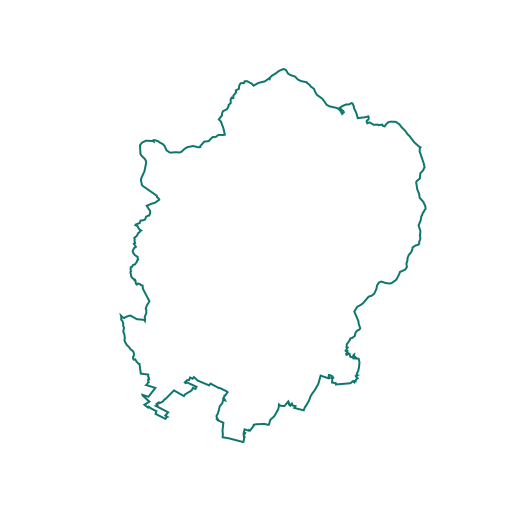 Runcu, Gorj, Romania (Natural Earth projection), rotated 21°
{"feature_id": "2599482B30652708585896", "entity_name": "Runcu", "entity_type": "district", "adm_level": 2, "iso_a3": "ROU", "parent_name": "Romania", "parent_adm1": "Gorj", "projection": "natural_earth1", "projection_center": [23.13, 45.185], "detail": "fine", "context": "isolated", "style": "outline", "palette": "teal", "viewbox_px": 512, "rotation_deg": 21, "n_neighbors": 0, "source": "geoboundaries", "source_scale": "gbopen_adm2", "svg_char_len": 6085}
<svg xmlns="http://www.w3.org/2000/svg" viewBox="0 0 512 512"><g transform="rotate(21 256 256)"><path d="M310.7,434.3L310.9,433.9L310.1,429.7L309.6,429.5L309.4,428.7L309.7,428.6L308.8,427.9L308.3,426.8L309.3,425.9L309.3,425.1L307.9,425.1L307.5,421.9L311.9,421.7L311.9,420.9L313.0,421.0L314.7,415.1L314.4,414.4L316.1,413.2L324.1,409.7L327.8,409.3L328.5,408.8L328.1,403.8L330.4,399.3L331.2,394.7L331.3,392.8L331.7,392.2L331.4,389.1L330.7,386.4L332.4,387.1L336.3,385.9L338.3,380.2L339.5,381.4L339.8,382.7L341.5,383.5L341.6,382.2L342.4,380.9L343.0,381.6L343.1,382.5L346.6,382.0L346.2,384.1L355.8,383.0L355.9,379.4L356.5,377.4L357.3,371.8L357.2,368.1L357.7,364.5L358.9,360.5L360.0,352.9L359.2,344.5L367.9,344.2L368.4,343.5L367.2,342.7L366.7,341.0L367.9,340.7L370.7,341.1L370.9,341.8L370.2,342.3L370.4,342.7L371.6,342.5L371.2,343.3L372.4,346.9L376.0,346.1L376.6,347.3L389.7,341.0L391.2,338.3L392.9,338.7L392.5,337.6L394.0,337.4L393.6,335.8L393.9,334.8L394.8,333.8L392.2,332.4L393.5,330.9L392.7,330.9L392.3,330.1L392.5,326.1L392.1,323.3L390.7,318.1L388.6,315.1L383.7,316.6L383.7,315.9L384.3,315.7L383.9,315.3L384.8,314.7L383.1,314.0L382.9,312.9L382.5,313.5L382.8,314.9L382.3,315.9L380.4,316.4L378.2,313.8L375.8,315.8L375.2,314.9L376.3,313.4L375.8,312.8L374.5,312.6L374.9,312.0L373.7,312.0L374.4,308.6L373.2,308.7L372.4,305.8L373.6,301.3L373.6,299.2L375.3,297.9L376.9,295.2L376.5,293.4L376.5,291.2L377.3,289.3L378.9,287.7L379.2,286.2L375.9,282.1L375.1,280.3L367.7,272.6L368.7,267.2L371.5,263.9L372.9,261.6L375.7,253.6L378.2,251.6L379.9,248.8L380.2,243.4L379.6,240.2L380.2,236.9L382.1,235.0L387.2,234.7L390.8,233.7L392.2,232.8L395.0,228.7L395.6,227.2L396.2,221.6L396.1,219.3L400.1,215.3L400.8,212.7L400.7,211.9L399.2,209.4L398.9,205.4L398.2,203.9L398.3,200.2L399.5,196.9L399.6,193.6L399.1,191.9L401.2,189.0L403.3,187.4L404.0,186.3L403.2,184.0L403.4,182.2L403.1,180.6L401.8,178.2L400.6,173.9L396.8,169.1L397.0,163.8L396.1,159.6L396.5,158.3L396.3,155.6L396.9,154.3L396.8,153.5L397.4,151.2L396.2,148.8L392.8,145.5L387.9,143.0L386.1,139.7L382.7,136.0L379.1,129.8L379.2,128.5L381.2,125.0L379.8,119.9L381.5,115.6L381.2,114.1L381.7,113.1L379.6,109.7L371.3,99.7L370.3,96.6L370.6,95.6L368.9,95.4L363.2,93.2L355.8,88.7L354.0,88.1L350.9,85.9L345.4,83.4L342.6,81.6L338.4,80.7L333.6,82.3L331.5,83.8L330.2,86.5L329.7,88.9L327.9,89.1L326.8,88.1L323.4,90.0L322.5,89.7L319.0,91.3L314.1,90.6L312.3,92.2L311.0,90.7L311.0,89.8L311.9,88.6L312.0,87.7L311.4,85.9L310.8,85.4L308.1,87.4L301.6,90.8L298.1,86.2L294.4,82.8L293.8,81.4L291.4,79.0L290.4,79.0L288.4,81.2L285.6,82.4L283.0,85.0L280.6,88.2L280.0,88.3L283.1,88.4L284.4,89.3L285.5,89.3L286.5,90.3L285.5,92.5L282.8,90.2L280.0,89.0L278.0,88.9L271.1,89.9L268.0,89.6L261.6,85.4L255.0,83.7L252.3,81.5L250.3,79.2L246.5,78.2L244.7,77.0L241.6,76.2L241.0,75.6L235.2,76.6L231.7,76.2L228.2,74.5L223.2,74.7L220.5,74.2L217.3,71.6L214.7,71.5L211.1,75.0L208.5,79.2L206.5,81.5L205.3,83.9L205.3,85.9L204.5,85.5L201.8,89.7L196.3,93.5L192.6,97.9L190.5,96.7L184.8,96.0L182.7,97.1L183.0,98.4L182.5,99.1L180.1,99.9L179.6,100.7L179.3,102.9L180.1,106.1L177.8,108.7L178.8,110.3L177.4,114.3L178.2,116.7L177.7,117.1L175.7,116.6L176.6,117.1L176.2,118.8L177.6,122.3L176.3,124.7L176.7,126.0L176.3,129.4L173.3,132.6L173.2,135.4L173.9,136.8L172.3,141.7L175.2,143.2L179.9,148.6L183.4,153.9L182.4,154.6L177.8,156.3L176.8,157.4L176.3,158.6L174.6,160.0L173.0,160.4L171.6,163.1L170.7,165.7L166.7,167.8L164.6,173.4L164.9,174.3L163.5,175.1L157.8,175.9L152.9,179.0L151.0,181.4L149.0,185.5L147.5,186.8L143.8,187.9L139.1,190.2L137.7,190.2L134.5,189.3L131.2,186.1L128.8,184.9L125.0,184.5L123.8,183.9L120.1,184.1L118.9,184.6L119.5,185.8L118.6,185.6L111.9,187.8L108.9,191.1L108.0,194.2L111.6,202.2L113.2,203.4L117.4,205.2L119.2,206.7L120.0,208.2L121.5,216.9L121.0,224.8L121.6,226.7L123.9,230.4L124.9,231.1L141.8,235.3L142.6,236.6L144.4,237.1L145.5,238.1L142.6,242.5L139.7,244.7L136.0,248.3L141.1,252.0L141.9,254.4L141.7,256.6L141.0,256.8L139.3,258.8L139.4,261.2L139.0,262.1L137.2,263.5L135.5,264.3L135.6,266.9L132.6,269.5L132.3,270.4L134.9,270.6L135.6,271.6L137.8,273.0L139.6,273.4L138.8,274.3L138.7,275.6L137.8,276.9L137.5,279.9L135.9,282.8L136.8,283.9L137.3,285.8L138.5,287.2L137.6,288.4L140.6,290.5L139.2,292.6L139.2,295.9L140.1,297.0L142.6,298.6L145.9,299.3L146.3,300.5L147.2,301.5L146.6,303.0L146.8,304.5L146.3,305.9L146.2,307.1L144.4,308.4L144.2,310.4L143.1,311.4L143.9,313.8L144.8,315.1L144.5,316.0L146.9,319.9L149.1,321.2L151.3,321.4L151.3,322.2L152.4,322.4L153.4,324.3L154.6,325.4L155.0,325.4L155.4,324.2L155.8,324.0L157.6,323.8L159.2,324.4L160.7,324.2L162.2,327.2L172.7,336.4L171.8,341.6L171.9,344.6L172.9,345.7L174.0,348.4L174.0,352.9L175.3,355.1L175.6,356.5L174.7,355.9L173.2,356.0L167.4,357.7L160.3,356.6L158.7,357.4L155.5,360.4L155.3,361.0L153.7,361.2L151.3,360.1L152.5,362.0L152.9,363.7L154.6,364.6L156.3,366.6L156.9,368.6L158.5,370.3L159.1,374.1L161.2,376.4L162.9,379.5L163.3,381.6L164.8,383.4L167.7,385.6L170.1,386.5L172.2,388.0L175.7,389.1L177.3,391.3L177.7,393.4L177.4,394.1L178.0,395.8L179.1,396.6L180.3,395.8L182.5,397.5L185.0,398.7L185.9,398.5L190.6,407.1L197.9,405.3L198.5,407.2L199.5,407.8L199.6,409.0L200.4,409.4L199.7,410.5L201.0,412.2L200.4,412.9L200.3,415.1L199.8,415.8L209.3,415.2L206.0,426.0L199.7,426.3L200.0,426.8L208.7,430.2L205.1,434.9L209.6,436.2L209.8,435.2L213.2,436.0L218.6,436.5L218.8,439.4L229.8,440.5L230.2,439.4L230.1,438.4L230.8,437.9L228.5,437.4L230.0,433.4L216.2,431.8L217.5,430.4L216.2,429.7L217.8,427.4L218.8,427.9L221.3,425.1L221.6,423.6L223.0,421.3L227.6,410.9L238.9,412.6L239.4,410.6L244.1,404.5L244.4,401.7L247.1,401.8L247.3,399.4L237.0,398.8L235.9,399.9L234.8,399.5L236.2,396.6L238.0,395.9L238.0,393.1L240.8,393.3L241.4,391.3L246.3,393.2L258.6,393.6L259.3,391.4L268.6,392.6L269.2,392.2L276.7,392.8L278.3,393.3L277.1,397.7L276.6,397.7L276.7,399.2L276.4,400.9L277.9,400.9L278.9,401.9L277.2,401.9L277.0,403.6L277.3,405.5L276.0,409.3L276.7,414.5L276.8,417.7L276.4,419.0L276.6,420.0L277.5,420.7L277.7,422.2L279.0,422.1L279.1,423.0L285.3,423.4L287.3,431.0L288.9,434.2L289.8,437.2L295.5,436.0L310.7,434.3Z" fill="none" stroke="#0f766e" stroke-width="2"/></g></svg>